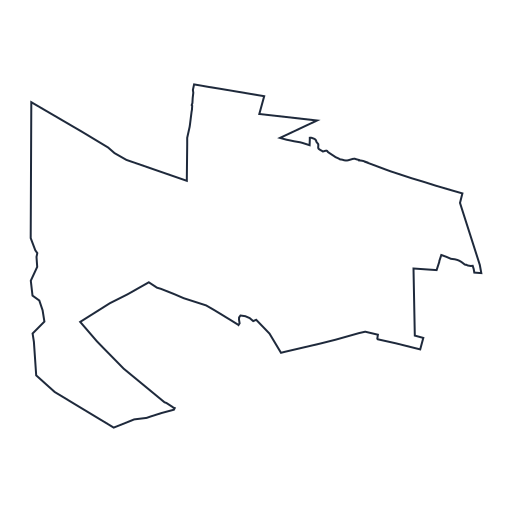 the district of San Pablo Huixtepec, Oaxaca, Mexico
{"feature_id": "50627088B78539610756075", "entity_name": "San Pablo Huixtepec", "entity_type": "district", "adm_level": 2, "iso_a3": "MEX", "parent_name": "Mexico", "parent_adm1": "Oaxaca", "projection": "mercator", "projection_center": [-96.794, 16.815], "detail": "fine", "context": "isolated", "style": "outline", "palette": "slate", "viewbox_px": 512, "rotation_deg": 0, "n_neighbors": 0, "source": "geoboundaries", "source_scale": "gbopen_adm2", "svg_char_len": 2676}
<svg xmlns="http://www.w3.org/2000/svg" viewBox="0 0 512 512"><path d="M33.9,341.9L36.2,375.4L54.7,392.0L75.4,404.5L113.7,427.6L134.2,419.4L146.6,417.9L150.6,416.5L161.6,413.0L173.9,409.7L174.7,408.1L173.6,407.7L173.0,407.4L172.6,407.0L168.3,404.2L166.9,403.3L166.5,403.0L164.5,402.3L123.7,368.7L103.0,347.6L96.8,341.2L80.2,321.9L109.9,303.2L127.4,294.4L148.8,282.3L157.0,287.7L160.8,288.8L174.9,294.4L183.7,298.2L206.1,305.4L213.9,309.9L224.3,316.2L225.4,316.9L230.2,319.8L238.4,324.9L238.5,325.0L239.6,323.3L239.0,319.6L239.1,317.4L240.5,315.5L245.3,316.2L249.7,318.1L253.2,321.1L256.2,319.8L269.5,333.6L281.0,352.8L284.9,351.8L320.5,343.5L335.6,339.7L359.0,333.1L365.2,331.7L377.9,334.7L377.3,338.7L377.8,339.3L395.8,343.3L420.2,349.4L423.3,337.9L414.8,335.6L413.5,268.5L420.6,269.0L436.6,270.1L439.3,261.8L439.3,261.1L441.3,255.0L446.3,256.8L450.9,258.8L454.9,259.3L457.5,260.0L459.4,260.8L461.3,261.9L463.3,263.4L464.7,264.5L465.5,264.8L466.1,264.7L467.8,265.5L470.8,266.0L472.7,265.8L473.7,269.0L474.3,272.6L481.3,273.1L479.8,264.9L461.8,208.6L460.0,202.9L462.4,193.4L452.6,190.6L435.8,185.7L424.2,182.0L422.6,181.5L411.8,178.3L404.2,175.8L390.8,171.4L385.3,169.4L365.2,161.9L364.5,161.7L365.0,161.6L363.3,161.0L361.3,160.6L359.1,160.4L359.1,160.0L356.4,159.3L354.6,158.7L352.8,158.9L352.1,159.1L350.8,159.5L347.7,160.4L345.9,160.5L344.5,160.3L344.3,160.3L343.9,160.2L343.0,159.9L341.9,159.6L340.1,159.4L338.6,158.5L337.5,158.0L336.8,157.7L336.2,157.4L335.6,157.2L334.5,156.4L333.3,155.6L332.2,154.9L331.3,154.3L330.1,153.5L328.9,152.7L328.2,152.2L327.8,151.9L327.5,151.4L327.3,151.1L327.0,150.9L326.6,150.7L326.3,150.7L325.4,150.8L324.0,151.2L323.6,151.3L322.9,151.5L322.6,151.3L322.5,151.2L322.3,151.1L321.6,150.7L320.7,150.2L319.7,149.6L319.3,149.3L318.7,148.9L318.5,148.5L318.3,148.2L318.3,147.9L318.2,147.7L318.2,147.3L318.2,147.2L318.2,146.9L318.3,145.8L318.3,144.8L318.2,144.1L317.8,143.6L316.4,141.8L316.2,141.2L316.1,140.5L315.8,140.1L315.2,139.5L314.8,139.1L314.2,138.8L312.9,138.3L311.8,137.9L310.9,137.7L309.8,137.8L309.8,138.2L309.8,139.3L309.6,145.2L302.4,142.9L300.2,142.3L294.2,141.3L291.0,140.6L286.5,139.7L280.0,137.9L317.0,120.5L259.3,114.0L264.2,96.2L263.7,96.1L260.7,95.6L259.4,95.4L223.8,89.4L219.7,88.7L209.0,87.0L194.1,84.4L192.9,89.9L193.3,92.8L192.7,97.9L192.4,103.1L191.7,105.1L192.2,105.8L192.0,108.7L192.0,109.3L191.7,111.1L191.6,111.5L189.9,125.1L189.6,127.0L187.2,137.8L187.2,144.6L186.8,180.8L126.4,159.9L114.5,153.1L108.1,147.5L82.2,131.9L31.3,102.2L30.7,238.1L35.3,250.3L37.3,253.1L36.5,256.9L37.2,266.9L30.8,280.7L32.5,295.6L39.3,300.5L42.6,310.3L44.4,321.6L32.6,333.5L33.9,341.9Z" fill="none" stroke="#1e293b" stroke-width="2"/></svg>